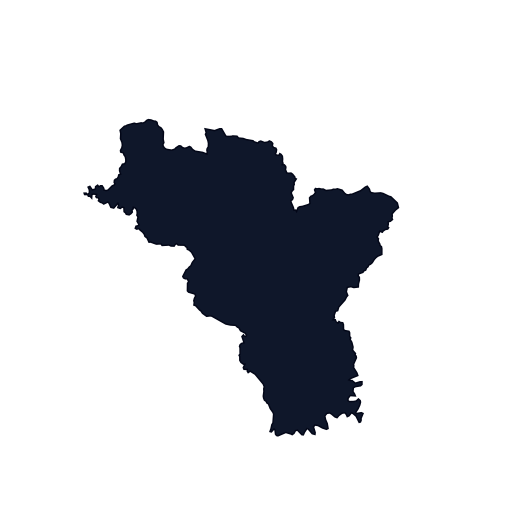 Ponta Grossa, Paraná, Brazil, rotated 218°
{"feature_id": "56859067B71794662586420", "entity_name": "Ponta Grossa", "entity_type": "district", "adm_level": 2, "iso_a3": "BRA", "parent_name": "Brazil", "parent_adm1": "Paraná", "projection": "albers", "projection_center": [-50.069, -25.139], "detail": "fine", "context": "isolated", "style": "filled", "palette": "ink", "viewbox_px": 512, "rotation_deg": 218, "n_neighbors": 0, "source": "geoboundaries", "source_scale": "gbopen_adm2", "svg_char_len": 6126}
<svg xmlns="http://www.w3.org/2000/svg" viewBox="0 0 512 512"><g transform="rotate(218 256 256)"><path d="M426.5,200.7L424.9,199.9L423.4,200.9L421.2,200.5L423.2,203.5L422.0,204.9L419.5,206.4L418.7,204.1L417.4,203.9L416.1,204.8L414.6,204.1L414.2,202.5L411.7,202.5L409.9,203.2L408.0,203.2L406.0,207.3L404.3,207.1L400.3,205.0L397.6,206.2L397.3,212.5L395.7,211.6L394.7,209.1L392.2,209.9L391.6,212.1L389.9,212.8L387.2,209.7L385.4,209.7L383.9,209.0L381.3,210.3L380.6,212.4L380.5,214.4L382.0,215.8L381.8,217.5L382.7,218.8L381.0,219.4L378.9,219.2L377.2,218.0L375.8,216.4L375.0,214.8L373.0,214.1L371.1,210.1L367.3,208.6L367.9,206.8L368.9,205.7L368.2,203.5L366.6,203.7L365.0,205.5L363.5,205.1L359.9,205.0L357.3,204.3L355.6,203.1L352.9,203.1L348.8,201.0L347.7,202.1L341.9,204.0L338.4,207.0L336.5,206.5L331.3,211.1L329.2,211.5L326.6,213.4L326.8,215.2L326.3,216.8L324.1,216.7L319.0,220.5L317.2,220.1L315.7,220.3L314.3,219.0L312.3,219.5L309.1,219.3L302.2,216.4L302.2,211.7L301.3,208.1L301.8,206.2L301.8,203.6L302.5,202.1L301.1,194.8L299.6,194.1L297.7,194.5L296.1,195.7L293.2,194.3L293.2,192.4L288.6,186.3L286.9,186.0L280.8,188.4L278.9,187.3L278.5,184.8L277.5,182.5L276.0,181.3L274.7,179.1L273.0,179.7L267.1,178.7L265.6,178.8L262.8,177.9L257.8,178.1L255.4,180.5L253.9,181.4L238.0,183.8L233.8,185.8L229.4,188.8L226.9,188.5L225.4,188.9L222.2,187.6L217.2,188.5L214.8,187.9L214.6,186.2L215.9,185.6L217.3,186.1L217.5,183.9L212.0,180.3L213.6,178.1L213.9,176.3L213.3,174.6L212.1,173.9L208.2,169.0L208.2,167.4L206.8,166.7L204.5,163.8L202.3,162.9L199.3,163.0L198.1,163.9L197.3,160.2L195.7,159.3L193.0,161.3L192.0,159.9L190.4,159.3L189.7,161.7L183.9,162.3L171.6,159.6L169.0,158.1L168.1,156.1L166.4,154.2L164.0,150.1L162.6,148.8L160.6,147.6L158.5,147.7L157.0,146.9L155.1,147.1L150.9,144.6L146.3,143.2L144.8,142.3L139.9,135.0L139.6,132.7L137.9,129.3L136.9,126.3L135.6,126.8L135.3,130.8L133.8,130.5L130.9,127.6L129.3,127.2L128.0,127.8L123.9,135.3L118.8,137.3L117.5,137.5L116.9,139.6L117.4,142.7L116.1,144.3L109.8,143.4L108.6,144.2L109.3,147.0L109.6,151.4L108.2,151.8L102.3,150.6L99.7,151.7L100.7,153.3L105.5,156.7L105.5,159.1L102.7,160.6L97.8,161.4L93.8,162.8L93.0,164.4L96.7,167.8L100.5,169.9L103.3,172.3L103.3,175.5L101.5,177.6L99.4,178.0L94.8,177.8L92.6,178.5L92.5,181.4L91.4,185.1L89.6,187.1L87.4,186.8L85.2,185.6L84.3,187.4L84.3,191.2L82.5,191.6L78.5,191.4L72.3,188.4L71.5,189.5L72.0,191.2L73.3,192.8L74.7,197.8L76.5,197.4L79.7,193.9L81.2,193.9L81.5,198.3L82.5,202.5L83.7,205.2L84.9,206.2L87.3,206.4L87.7,203.5L89.3,201.6L92.7,198.8L94.5,198.6L95.8,200.5L95.9,204.0L91.6,206.9L93.3,207.9L96.2,208.9L98.2,212.2L97.2,214.3L93.7,218.1L93.4,220.0L95.1,222.2L96.6,220.9L99.4,216.9L103.6,217.0L104.8,216.0L106.5,215.5L105.9,218.0L102.2,224.5L104.5,226.0L110.5,228.2L111.3,229.7L112.5,230.7L114.2,237.6L115.5,238.8L117.0,238.9L117.6,240.4L122.0,241.3L123.5,244.0L127.4,247.0L130.6,248.3L130.9,249.8L132.7,250.3L135.0,253.2L136.4,253.9L139.9,252.0L141.7,251.9L144.9,255.8L146.6,256.8L148.5,255.6L150.3,255.5L150.1,253.6L152.4,253.4L154.3,254.6L156.1,253.1L156.3,255.8L157.9,257.3L159.3,261.4L158.0,263.2L159.4,266.8L158.8,276.0L159.5,279.6L159.4,281.4L162.8,283.4L164.8,287.5L162.3,290.3L159.5,291.4L156.3,294.6L158.1,297.1L159.7,300.7L161.5,302.9L163.2,303.2L164.2,305.0L161.7,308.9L161.9,310.5L160.9,312.4L161.6,314.8L161.1,316.4L161.6,318.2L160.7,320.1L160.3,322.3L160.7,326.1L160.5,328.5L160.0,330.7L157.8,334.7L161.3,339.2L162.9,340.6L164.6,340.6L165.9,341.7L168.1,342.6L169.5,343.6L170.1,345.0L172.2,345.5L172.5,347.8L173.8,351.6L171.1,352.5L171.2,354.0L170.4,356.5L168.8,358.3L168.9,360.0L170.4,360.2L171.1,362.2L172.9,364.3L171.5,366.1L170.9,368.8L172.3,369.6L173.1,371.3L174.7,373.0L174.4,378.1L173.5,381.8L177.3,384.8L186.2,385.7L188.0,384.9L194.4,383.5L196.6,382.5L201.1,378.5L204.3,376.8L205.9,377.1L207.8,378.5L211.3,379.5L212.3,377.6L213.7,372.0L218.4,363.7L219.7,362.7L220.5,361.3L222.4,360.1L224.8,360.0L228.7,360.9L233.2,359.1L234.5,357.4L236.2,356.2L237.0,354.7L241.2,350.7L244.1,350.2L245.8,348.9L247.8,348.0L249.3,346.4L250.7,345.8L250.6,344.2L248.2,342.7L248.1,340.2L248.6,338.3L249.5,336.9L249.6,334.8L245.8,330.6L246.4,328.8L250.0,323.6L251.8,321.8L252.6,320.1L251.4,316.0L253.0,316.6L254.2,315.4L256.4,317.2L261.7,320.1L262.6,321.3L262.0,322.8L262.6,324.8L267.2,327.4L267.6,329.9L267.3,331.4L269.6,334.4L269.9,335.9L271.3,337.3L271.7,341.5L273.1,341.2L274.1,342.2L277.6,343.0L279.5,342.9L281.2,341.3L282.9,340.4L286.1,342.3L286.8,343.9L287.8,344.9L289.8,345.3L291.5,344.1L291.7,345.6L293.4,346.8L294.7,348.8L296.7,350.9L298.8,351.5L300.3,351.3L299.9,349.5L302.1,348.0L303.8,348.6L304.0,350.2L305.2,352.4L306.7,353.2L308.9,352.3L310.9,352.8L312.1,355.0L314.2,355.4L316.3,354.9L316.9,353.0L319.2,350.6L323.0,349.5L324.0,348.0L323.9,346.2L327.9,344.8L329.3,345.0L335.4,341.7L338.5,340.7L342.4,338.2L344.7,338.7L348.2,336.3L349.1,335.1L352.0,332.7L353.5,331.9L361.4,335.1L362.9,334.0L365.8,329.3L374.4,324.9L371.1,322.5L370.8,320.8L365.0,317.4L362.9,315.6L360.8,312.7L360.6,310.6L359.9,309.2L358.6,308.1L357.4,306.1L361.8,304.8L368.6,301.1L371.7,300.9L374.4,301.6L375.9,301.3L377.4,298.3L378.7,296.9L380.7,296.2L383.0,296.4L384.5,295.5L385.7,292.0L385.8,290.2L387.6,287.5L391.4,285.4L392.8,284.8L394.9,284.8L396.8,285.5L398.0,286.5L398.4,288.6L401.1,290.9L405.3,296.8L407.9,298.0L410.0,298.5L411.9,298.1L414.1,298.5L416.3,300.4L418.1,300.4L419.6,299.4L422.4,298.6L424.8,297.2L425.7,295.4L425.8,293.6L426.8,291.2L428.5,290.2L431.6,286.5L433.7,285.7L438.1,279.8L438.6,278.4L439.6,277.2L440.5,271.4L437.9,269.2L435.0,265.0L431.5,263.0L429.5,261.0L428.3,258.6L427.8,255.8L426.6,254.6L423.9,255.6L422.3,254.4L420.2,253.8L418.0,251.9L416.6,250.1L416.2,247.9L417.8,246.1L417.2,243.4L417.4,241.1L416.0,239.2L413.0,237.1L414.1,235.5L413.2,233.5L413.0,231.4L414.0,230.0L414.2,228.5L413.0,226.6L411.6,226.1L411.5,224.5L412.5,222.8L413.2,216.8L414.3,215.3L416.3,214.4L417.8,215.7L420.5,216.6L421.8,215.6L422.4,213.8L424.4,214.3L425.1,211.9L423.8,209.9L425.7,207.3L429.8,208.6L430.7,206.9L428.2,205.6L426.2,203.3L426.5,200.7ZM428.9,198.9L426.5,200.7L428.5,201.0L430.1,199.7L428.9,198.9Z" fill="#0f172a" stroke="#020617" stroke-width="1.5"/></g></svg>